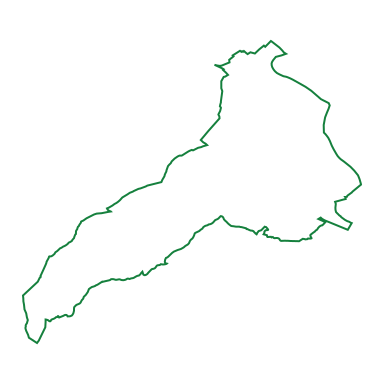 the district of Sarasau, Maramures, Romania
{"feature_id": "2599482B95586202279126", "entity_name": "Sarasau", "entity_type": "district", "adm_level": 2, "iso_a3": "ROU", "parent_name": "Romania", "parent_adm1": "Maramures", "projection": "robinson", "projection_center": [23.792, 47.947], "detail": "fine", "context": "isolated", "style": "outline", "palette": "green", "viewbox_px": 384, "rotation_deg": 0, "n_neighbors": 0, "source": "geoboundaries", "source_scale": "gbopen_adm2", "svg_char_len": 5942}
<svg xmlns="http://www.w3.org/2000/svg" viewBox="0 0 384 384"><path d="M37.0,343.0L38.8,340.6L45.3,327.3L45.6,322.0L45.6,319.5L46.3,319.6L47.9,320.1L49.4,321.2L50.1,321.3L50.6,321.0L51.1,320.1L51.5,319.6L54.1,318.6L55.1,318.0L56.0,317.2L57.3,317.0L57.6,316.4L57.9,316.1L58.2,316.1L58.4,316.3L58.7,316.7L58.8,317.2L59.1,317.5L63.4,315.8L64.6,315.1L65.7,314.9L66.5,315.0L67.3,315.7L67.6,316.4L69.7,316.3L70.6,316.1L71.6,315.6L72.0,315.4L72.9,314.1L73.4,313.1L74.0,310.7L74.0,308.9L74.1,307.6L74.4,306.9L76.4,304.9L77.9,304.3L79.5,303.6L79.9,303.3L80.5,302.7L81.0,301.8L81.6,300.5L81.9,300.1L83.1,298.8L83.3,298.4L83.5,297.7L83.8,296.8L85.8,294.9L87.8,292.0L88.9,289.1L90.5,287.9L91.9,287.0L93.7,286.5L95.4,285.8L95.6,285.5L97.5,284.7L102.0,281.8L102.1,282.0L103.5,281.6L109.2,280.3L110.1,280.0L111.1,279.2L112.3,279.1L113.6,279.2L115.6,279.8L116.5,279.8L119.1,279.3L119.9,279.4L121.4,280.0L123.2,280.2L124.4,280.0L125.6,279.7L127.3,278.7L128.0,278.6L129.1,278.9L129.6,279.0L131.1,278.4L133.0,278.1L134.0,277.7L135.8,276.6L137.2,275.9L139.0,275.5L140.4,274.2L141.1,273.1L142.4,271.7L142.7,272.6L143.3,274.5L144.2,275.1L145.2,275.1L146.3,274.7L147.5,273.8L148.2,272.8L151.5,269.4L152.2,269.0L153.5,268.8L154.7,268.3L155.3,267.8L156.8,265.7L157.6,265.3L159.8,265.0L160.8,264.2L162.1,264.4L163.1,264.5L165.0,264.3L166.6,263.8L166.8,263.6L165.5,263.3L165.1,262.7L164.8,261.8L165.2,259.5L166.0,257.9L167.1,257.5L168.1,256.8L172.0,253.0L173.9,251.6L177.7,250.0L180.9,249.0L183.7,247.4L185.4,245.9L187.8,244.5L189.0,243.2L189.9,241.0L190.9,239.7L192.4,238.5L193.2,237.3L194.1,235.4L194.7,233.5L195.3,232.9L199.1,231.1L199.9,230.5L200.3,230.0L202.4,228.6L203.2,227.3L203.8,226.8L205.0,226.0L206.1,225.6L207.3,225.3L207.8,225.1L208.5,224.5L210.1,224.2L211.0,223.9L212.1,223.3L213.1,222.5L215.2,220.1L217.7,219.0L218.5,218.4L220.5,216.3L220.8,216.1L221.2,216.2L222.2,216.5L223.0,217.2L223.5,218.1L223.7,218.7L224.0,219.4L225.3,220.8L226.5,221.8L227.2,222.6L228.6,224.0L230.9,225.8L231.9,226.1L233.2,226.2L236.2,226.7L239.4,226.7L240.3,227.0L241.5,227.1L246.1,228.3L246.4,228.6L246.5,229.0L246.8,229.1L247.2,229.0L249.5,230.1L250.9,230.6L252.0,230.6L253.5,231.2L254.5,232.5L255.4,233.2L255.5,233.5L256.6,234.3L256.9,233.8L256.9,233.5L257.1,233.2L257.3,232.8L257.7,232.4L258.6,231.1L261.3,230.2L264.7,226.7L265.4,227.0L266.1,227.1L266.8,227.9L267.9,229.2L268.1,229.7L267.9,230.0L267.3,230.1L265.9,230.2L265.1,230.7L264.4,231.7L264.3,233.1L263.6,234.3L266.9,235.2L267.2,236.7L267.6,237.0L271.0,236.8L271.5,237.4L272.8,237.0L273.7,237.9L274.7,238.2L276.0,238.0L277.2,238.0L278.4,238.3L279.2,238.8L280.1,240.3L281.1,240.9L285.0,240.7L286.1,240.8L287.8,240.8L290.7,241.0L299.1,241.2L302.8,238.8L304.7,239.1L305.3,239.4L307.5,239.1L308.0,238.5L310.4,238.6L311.3,238.4L311.5,238.3L311.5,238.1L310.7,236.6L310.4,235.6L310.3,235.2L310.6,234.7L313.3,232.6L314.8,231.6L315.7,230.5L316.9,229.8L317.4,229.2L318.1,228.0L319.6,226.4L321.4,225.4L322.1,225.4L323.1,224.6L325.4,222.1L318.4,219.0L320.7,217.6L322.0,218.8L323.7,219.8L324.6,220.3L347.8,229.8L351.7,223.1L351.1,222.9L348.8,221.6L347.4,221.2L345.0,219.9L341.2,217.1L340.6,216.2L339.7,215.7L339.0,215.1L338.1,214.1L337.5,213.6L336.0,212.0L335.5,209.8L335.4,207.7L335.8,203.9L335.1,201.8L343.2,199.6L345.7,199.0L345.4,197.3L345.2,197.0L346.2,197.0L347.0,196.7L347.2,196.0L347.5,195.6L351.9,192.4L352.4,191.7L361.0,184.6L360.9,183.9L359.6,179.3L358.5,176.5L358.0,175.3L354.3,170.7L350.5,166.8L344.0,161.6L340.8,159.3L339.3,157.9L337.7,156.1L336.3,153.9L333.7,149.4L331.8,145.7L329.9,141.0L328.2,137.7L325.6,134.3L323.9,132.6L323.8,128.9L323.7,125.0L325.1,117.4L327.0,112.5L328.5,109.0L329.7,105.4L328.7,103.1L321.0,99.2L311.3,90.8L305.5,86.8L292.9,79.7L290.3,78.4L287.7,77.3L286.3,76.8L283.4,76.2L279.5,74.4L276.9,73.0L274.9,71.2L273.5,69.4L272.3,67.3L271.7,65.3L271.6,63.4L272.1,61.9L273.2,60.1L275.8,56.9L281.5,55.4L286.0,53.8L283.9,52.5L282.2,50.4L279.4,47.5L276.3,45.1L271.4,41.3L270.9,41.0L265.2,46.8L263.9,45.6L259.2,49.4L254.9,53.5L250.4,52.3L247.6,54.1L245.8,52.7L243.9,51.0L243.0,51.8L242.1,51.2L241.4,51.8L240.0,50.8L232.7,55.4L233.5,56.4L229.2,59.8L229.5,62.4L221.7,65.6L219.8,65.9L217.2,65.5L214.5,64.8L222.5,68.5L223.7,69.3L223.0,69.9L225.8,72.5L228.0,74.9L225.2,76.6L223.7,76.9L221.3,81.2L221.3,88.3L222.3,91.1L220.9,101.4L220.9,102.4L220.3,104.4L219.9,106.3L220.7,107.3L220.9,107.6L220.9,108.0L220.1,111.1L218.6,114.0L218.4,114.6L219.2,116.1L219.4,116.7L219.5,118.4L208.5,130.8L200.8,140.0L203.2,142.3L205.6,143.7L207.1,145.1L203.0,146.3L201.2,147.1L198.1,147.8L193.2,150.3L192.8,150.3L191.9,149.9L191.3,150.1L189.4,150.9L187.8,151.8L182.1,155.4L181.6,155.6L179.6,155.6L178.8,155.9L177.6,156.5L174.7,158.5L171.7,161.4L170.7,163.3L169.3,164.6L168.0,166.1L166.5,170.3L166.4,171.2L166.2,171.8L165.7,172.7L165.2,173.8L164.8,174.6L164.6,175.7L164.4,176.3L163.3,178.2L162.4,179.7L161.4,182.1L147.3,185.6L145.9,186.4L144.6,186.9L140.5,188.4L138.4,188.9L133.6,191.1L132.9,191.6L129.8,192.8L127.6,194.3L122.3,197.5L120.0,200.1L118.2,201.7L116.4,203.0L114.5,204.0L112.5,205.5L108.7,207.7L107.0,208.4L107.5,209.4L107.9,209.9L108.6,210.5L109.4,211.0L110.7,211.4L110.8,211.5L108.2,211.9L101.6,213.2L96.7,213.6L94.0,214.5L86.5,218.3L83.4,220.5L81.4,221.4L81.1,221.6L80.8,222.8L79.3,224.9L79.0,225.8L77.9,226.9L77.4,228.3L77.2,229.2L76.6,230.0L76.3,230.6L76.0,231.1L75.9,234.0L75.3,234.5L75.1,234.9L74.3,236.9L74.1,237.8L74.0,238.1L72.4,239.9L71.8,241.0L70.2,242.0L69.2,242.4L68.7,242.7L67.6,244.0L66.0,245.2L64.4,246.1L63.3,246.5L61.4,247.8L60.1,248.3L57.3,251.0L55.4,252.3L54.5,253.9L52.8,255.4L51.5,256.2L50.7,256.4L49.4,256.4L49.1,256.6L48.6,258.1L46.6,261.7L46.3,263.1L45.7,264.6L43.5,269.5L40.5,276.0L40.7,276.5L40.5,277.3L40.0,277.5L39.7,277.8L37.8,281.7L23.0,295.5L23.3,298.4L23.4,301.4L24.0,304.6L24.5,309.4L26.2,313.3L26.9,317.3L27.8,320.1L26.8,323.5L26.2,324.2L25.7,325.3L25.8,326.7L25.5,327.2L25.5,328.6L26.2,330.8L28.1,334.9L28.9,337.7L37.0,343.0Z" fill="none" stroke="#15803d" stroke-width="2"/></svg>